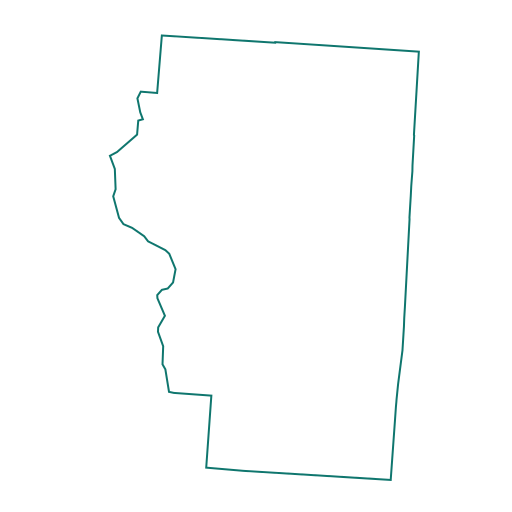 outline of Cassia, Idaho, United States of America, rotated 274°
{"feature_id": "52423323B45878756747567", "entity_name": "Cassia", "entity_type": "district", "adm_level": 2, "iso_a3": "USA", "parent_name": "United States of America", "parent_adm1": "Idaho", "projection": "equal_earth", "projection_center": [-113.644, 42.338], "detail": "fine", "context": "isolated", "style": "outline", "palette": "teal", "viewbox_px": 512, "rotation_deg": 274, "n_neighbors": 0, "source": "geoboundaries", "source_scale": "gbopen_adm2", "svg_char_len": 895}
<svg xmlns="http://www.w3.org/2000/svg" viewBox="0 0 512 512"><g transform="rotate(274 256 256)"><path d="M159.5,169.7L141.4,170.3L136.6,173.5L114.4,178.7L113.7,183.6L113.6,221.2L41.4,221.1L40.8,258.9L42.0,406.0L100.4,406.1L115.7,406.1L120.2,406.2L122.4,406.2L138.4,406.7L172.1,408.7L195.9,408.5L204.6,408.2L215.2,408.1L303.5,406.6L304.9,406.4L326.7,406.2L336.5,406.0L338.4,406.0L351.4,406.1L357.3,405.8L387.2,405.4L387.7,405.1L470.9,404.2L471.2,404.2L470.7,260.3L470.1,260.3L469.4,146.7L411.7,146.0L411.9,129.6L405.0,126.7L391.3,130.5L384.5,133.6L382.9,129.1L368.8,128.9L350.0,110.1L345.8,103.3L333.0,109.1L312.8,111.3L305.6,109.4L284.5,116.7L278.5,121.6L275.4,130.5L267.9,143.1L263.1,147.3L255.5,165.2L252.2,169.3L237.2,176.7L223.8,175.1L217.4,170.2L215.7,164.5L210.1,160.2L207.0,160.6L190.0,169.3L178.0,163.4L173.6,163.5L159.5,169.7Z" fill="none" stroke="#0f766e" stroke-width="2"/></g></svg>